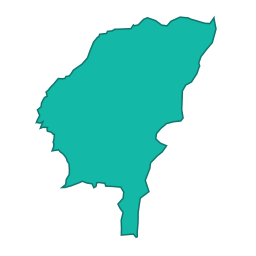 Filousa Kelokedaron, Paphos, Cyprus, rotated 178°
{"feature_id": "46923920B93356137010006", "entity_name": "Filousa Kelokedaron", "entity_type": "district", "adm_level": 2, "iso_a3": "CYP", "parent_name": "Cyprus", "parent_adm1": "Paphos", "projection": "orthographic", "projection_center": [32.738, 34.858], "detail": "fine", "context": "isolated", "style": "filled", "palette": "teal", "viewbox_px": 256, "rotation_deg": 178, "n_neighbors": 0, "source": "geoboundaries", "source_scale": "gbopen_adm2", "svg_char_len": 1797}
<svg xmlns="http://www.w3.org/2000/svg" viewBox="0 0 256 256"><g transform="rotate(178 128 128)"><path d="M123.7,18.5L122.5,19.1L122.4,23.8L121.3,33.1L120.8,43.3L118.2,57.5L109.3,63.7L112.6,75.1L107.6,86.8L106.7,92.3L100.0,98.9L94.6,103.0L90.1,108.9L96.2,111.7L100.7,116.2L99.7,121.5L95.0,126.6L89.3,131.1L82.1,132.7L75.1,133.2L72.6,136.0L73.7,144.5L72.3,163.2L68.8,168.9L63.0,171.8L57.3,179.9L54.7,186.6L54.2,187.2L55.0,190.6L52.6,196.8L47.0,203.6L40.8,210.4L36.6,223.9L38.3,234.6L38.3,235.1L42.4,229.5L47.8,230.0L57.2,233.2L62.1,234.8L63.8,235.9L72.1,237.0L81.3,233.2L85.5,228.7L90.9,229.7L96.6,234.3L104.8,237.5L108.8,235.9L114.1,230.7L117.9,230.0L119.0,230.8L121.6,227.2L128.5,227.1L131.3,227.1L137.9,227.1L140.5,225.6L145.1,225.3L146.2,223.2L153.0,222.7L154.2,219.9L155.1,219.9L159.3,215.2L163.5,205.9L166.0,199.5L171.8,193.3L180.4,187.9L183.2,183.9L185.0,182.0L188.1,181.7L189.4,179.7L192.0,179.5L195.9,179.9L196.6,179.2L200.5,174.7L203.1,172.3L204.8,170.5L206.2,168.7L208.6,166.8L207.6,162.6L210.3,161.4L211.5,159.7L213.6,155.9L214.1,152.3L217.9,149.2L215.8,143.6L218.2,139.3L219.4,136.6L218.9,136.7L215.5,135.9L212.8,137.3L215.6,130.8L213.0,131.7L210.7,131.5L208.4,131.3L209.0,129.5L208.6,127.6L204.8,126.5L203.0,124.4L201.8,124.2L202.3,119.7L203.1,117.1L203.3,116.2L202.7,114.8L202.9,111.9L204.7,107.8L198.2,108.6L196.4,106.4L193.9,104.5L190.9,100.5L189.8,96.7L188.2,94.3L188.1,90.3L188.0,87.8L188.4,83.4L191.4,78.9L192.3,73.6L196.1,70.8L193.1,70.8L187.0,72.2L177.6,75.4L175.5,76.4L171.1,74.5L165.8,73.5L164.2,69.5L162.0,70.8L161.2,74.4L158.6,74.5L154.7,73.8L153.1,73.7L152.2,70.6L150.3,70.6L144.2,70.0L137.3,69.1L134.5,64.1L135.3,58.1L140.7,52.3L138.6,47.8L135.8,43.8L138.0,36.2L138.0,28.3L138.4,21.2L126.2,21.8L123.7,18.5Z" fill="#14b8a6" stroke="#0f766e" stroke-width="1.5"/></g></svg>